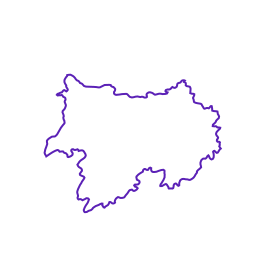 Kalinkavichy, Gomel, Belarus (Equal Earth projection), rotated 147°
{"feature_id": "67162791B95934163913722", "entity_name": "Kalinkavichy", "entity_type": "district", "adm_level": 2, "iso_a3": "BLR", "parent_name": "Belarus", "parent_adm1": "Gomel", "projection": "equal_earth", "projection_center": [29.457, 52.185], "detail": "fine", "context": "isolated", "style": "outline", "palette": "violet", "viewbox_px": 256, "rotation_deg": 147, "n_neighbors": 0, "source": "geoboundaries", "source_scale": "gbopen_adm2", "svg_char_len": 5764}
<svg xmlns="http://www.w3.org/2000/svg" viewBox="0 0 256 256"><g transform="rotate(147 128 128)"><path d="M61.4,60.2L61.5,62.9L60.2,63.8L59.8,64.9L58.8,65.7L58.8,66.5L59.6,67.2L60.4,67.7L60.5,68.8L59.6,69.9L58.4,70.2L57.6,71.0L57.6,72.4L57.8,73.3L57.6,74.5L57.4,75.1L56.5,75.9L55.9,76.3L54.2,76.8L51.1,77.4L50.5,78.0L51.3,78.8L52.7,79.7L52.9,80.6L53.3,81.6L54.6,82.3L55.9,83.4L55.0,84.5L52.0,85.0L50.8,85.5L50.1,86.1L48.6,86.5L46.6,86.8L45.3,88.1L45.1,89.3L45.1,90.7L44.5,92.0L44.0,93.1L44.8,93.9L47.0,95.6L47.9,96.7L46.9,98.4L46.4,99.5L45.9,100.7L46.4,101.2L47.3,101.1L48.8,100.6L49.5,100.5L50.3,101.4L51.3,102.0L53.2,102.4L53.7,103.1L53.6,104.6L53.6,106.6L53.4,107.7L53.8,108.7L56.2,110.9L57.4,112.1L58.4,113.6L58.3,114.3L57.4,116.3L57.3,117.3L56.9,118.0L56.1,118.4L54.5,119.5L54.0,120.3L54.5,121.0L55.8,122.0L56.8,123.3L55.6,124.9L54.8,125.9L53.9,127.3L53.7,128.9L54.6,129.9L55.9,131.1L56.2,131.7L56.3,132.5L55.7,133.1L55.1,134.2L55.3,135.1L56.0,136.1L55.1,136.8L54.6,136.9L55.1,137.6L56.5,138.3L57.4,138.3L59.0,137.7L59.9,137.7L60.7,138.1L61.8,138.3L62.4,138.2L62.9,137.8L63.9,136.7L64.7,136.1L66.3,136.0L67.1,136.3L67.9,137.2L68.4,138.2L69.6,138.1L70.0,137.8L71.4,137.6L72.8,138.0L73.5,138.6L75.3,139.2L75.8,139.1L76.5,138.6L76.5,137.9L76.1,137.2L75.4,136.3L76.5,135.7L77.8,136.1L79.3,136.9L80.8,137.8L81.2,138.3L82.5,139.4L83.7,140.0L85.9,140.7L87.2,141.2L87.9,142.5L88.2,143.5L88.7,144.4L90.1,146.0L91.4,146.6L92.6,146.6L93.4,146.5L94.1,146.1L94.6,145.3L94.7,144.5L95.3,143.7L96.1,143.7L97.3,144.3L98.0,145.1L98.5,146.0L99.4,146.7L100.8,147.2L102.9,149.3L104.7,150.2L106.3,150.7L108.1,151.5L109.5,153.1L109.8,154.2L110.2,156.7L110.9,157.6L114.6,159.7L117.1,160.8L120.0,162.3L120.9,163.7L120.8,164.8L120.1,165.8L118.7,166.4L117.9,167.1L117.5,167.8L117.6,169.0L117.9,170.3L118.7,171.1L119.3,172.4L119.1,173.4L120.1,174.3L122.2,175.6L124.2,176.8L129.4,177.4L130.5,178.0L132.3,179.6L134.3,181.1L140.7,185.6L142.0,187.2L142.4,189.9L142.7,190.6L143.7,191.8L143.7,193.1L143.9,194.4L144.9,195.8L145.2,197.4L145.2,199.0L145.5,200.6L146.0,201.9L147.2,204.0L148.6,204.8L150.2,205.5L150.8,204.7L152.4,204.3L154.8,203.1L155.7,202.1L156.4,200.8L156.6,199.3L156.6,197.3L157.1,196.8L157.4,195.8L157.4,193.8L157.7,192.8L159.0,192.3L159.8,192.3L160.7,194.4L161.5,194.7L162.7,194.4L164.0,193.9L165.5,194.4L167.7,194.7L168.5,195.0L169.6,194.6L169.3,193.6L167.8,192.9L166.7,192.2L165.6,191.8L165.3,191.2L165.3,189.4L164.5,188.2L164.3,187.4L164.4,186.9L165.0,185.7L166.1,185.2L166.9,184.4L167.6,181.1L168.1,180.4L169.8,179.1L170.9,178.5L173.5,177.8L174.4,176.8L174.9,174.2L175.4,172.9L176.4,172.2L177.1,170.9L177.4,169.6L177.4,168.9L178.4,166.8L179.4,166.3L180.6,166.0L182.6,165.3L184.2,164.7L190.6,161.4L191.7,161.0L193.6,160.7L194.5,161.0L195.6,161.7L196.7,162.2L200.2,162.2L201.9,161.9L203.0,161.4L203.6,160.4L204.4,158.6L206.8,156.7L209.0,155.1L209.9,154.2L211.5,152.6L211.7,151.7L211.9,150.8L211.8,149.7L212.0,148.7L207.8,148.8L205.3,148.8L203.4,148.7L201.5,148.5L199.9,148.2L198.9,147.8L198.4,147.0L198.3,145.4L195.9,144.2L195.2,143.6L195.2,142.8L194.9,141.8L194.1,141.0L193.7,140.3L193.6,139.3L193.5,138.3L194.1,137.5L194.3,136.6L193.7,136.0L192.1,135.6L190.8,135.5L189.3,135.7L188.4,136.5L188.1,137.4L188.1,139.6L187.7,140.3L186.5,140.6L185.6,140.1L185.0,138.9L184.0,138.2L181.9,137.6L181.6,136.6L181.9,135.6L181.0,135.3L180.0,135.0L178.7,134.3L177.9,133.2L177.8,132.0L177.9,129.4L178.3,128.1L179.2,127.3L180.5,126.8L182.1,126.6L184.0,126.6L185.7,126.5L187.4,126.1L188.6,125.5L190.4,124.8L190.6,123.3L190.4,121.9L189.3,119.5L189.3,118.4L189.9,117.2L193.3,115.9L193.8,114.9L193.3,113.8L191.6,111.3L191.6,110.0L192.8,109.3L195.8,108.1L197.3,107.2L199.2,106.4L203.1,104.0L205.0,102.5L205.8,101.4L206.7,98.6L207.2,97.9L208.3,97.0L208.6,96.1L208.4,95.0L206.9,94.5L206.1,93.6L205.5,92.2L202.6,91.8L201.2,91.8L199.9,90.8L199.6,89.4L201.7,87.8L203.1,87.0L205.6,86.0L207.8,84.8L209.8,83.3L210.2,82.2L210.2,81.1L209.3,80.5L208.1,80.0L206.2,80.0L203.8,79.3L202.0,79.5L200.9,80.0L199.7,80.1L197.6,80.1L194.3,79.4L193.1,79.4L191.2,79.0L190.6,78.5L191.1,77.7L191.7,77.1L191.6,75.5L191.7,74.8L191.0,74.0L189.8,74.4L188.9,74.4L186.9,74.3L185.6,74.8L183.9,76.0L183.0,75.4L182.2,73.3L181.3,72.6L180.3,72.4L179.5,72.5L179.2,73.4L178.8,73.9L178.3,74.4L176.6,75.3L175.2,75.5L174.0,75.5L173.3,74.7L172.5,73.5L171.1,72.6L169.8,72.1L168.8,71.9L166.6,72.8L164.1,73.5L161.2,74.8L160.2,74.9L158.3,74.2L157.7,72.3L156.9,71.8L155.7,71.6L154.0,71.7L152.7,72.2L152.7,72.9L153.5,74.5L154.0,74.9L154.1,75.8L154.1,76.5L153.2,76.8L152.7,76.6L151.8,76.0L150.8,75.5L149.9,75.2L148.4,75.7L147.8,76.2L147.4,77.1L147.7,78.2L148.5,79.4L148.7,79.9L148.2,80.9L148.1,81.7L147.3,82.7L144.8,83.3L142.4,83.4L139.3,83.3L138.6,84.1L137.9,84.6L136.6,84.7L135.8,84.1L135.3,82.9L134.2,82.0L133.4,82.2L132.2,82.8L131.0,82.7L130.4,81.7L131.1,80.8L131.5,80.0L131.7,78.7L131.1,77.6L129.8,76.7L127.9,75.8L125.9,75.4L122.9,74.6L121.1,73.7L120.6,72.5L121.2,71.4L122.0,70.4L122.5,69.1L123.6,67.6L124.2,66.7L126.6,65.1L130.3,63.3L131.1,63.1L132.3,62.2L132.5,61.7L131.1,60.8L128.3,60.7L126.7,60.4L126.3,59.4L126.3,57.3L126.3,56.4L126.7,55.7L126.7,55.0L125.1,54.0L123.6,53.0L122.8,53.0L121.7,54.0L120.9,55.1L119.5,55.8L118.1,55.4L117.7,54.4L117.7,53.1L117.3,52.1L116.3,52.0L114.8,54.2L113.7,54.9L112.9,55.6L111.6,55.8L110.3,55.7L108.9,54.9L107.6,53.6L106.1,52.5L104.9,51.1L103.8,50.6L101.5,50.5L99.9,50.7L98.1,51.4L96.7,52.2L94.5,53.0L93.8,54.1L92.0,54.6L90.0,54.8L88.1,55.2L87.6,56.3L87.0,58.1L86.1,59.5L84.6,60.7L83.7,61.2L81.9,61.4L81.3,61.2L79.7,60.1L78.8,60.2L77.7,60.6L76.6,61.2L75.5,61.3L75.4,60.6L75.8,58.4L75.6,57.0L75.0,56.1L73.6,55.9L72.2,56.7L71.1,58.1L70.1,60.0L69.9,60.9L69.5,61.8L68.6,62.0L68.0,61.8L67.7,61.0L67.5,59.9L67.1,58.8L66.1,58.5L62.6,60.1L61.4,60.2Z" fill="none" stroke="#5b21b6" stroke-width="2"/></g></svg>